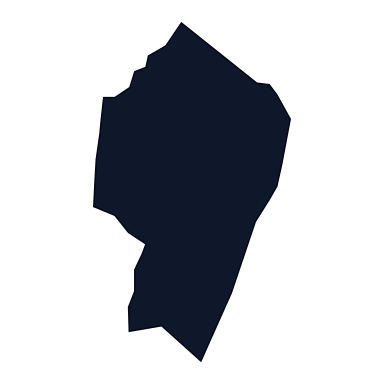 Ayawaso East Municipal, Greater Accra, Ghana
{"feature_id": "2480657B29980074443403", "entity_name": "Ayawaso East Municipal", "entity_type": "district", "adm_level": 2, "iso_a3": "GHA", "parent_name": "Ghana", "parent_adm1": "Greater Accra", "projection": "natural_earth1", "projection_center": [-0.194, 5.59], "detail": "fine", "context": "isolated", "style": "filled", "palette": "ink", "viewbox_px": 384, "rotation_deg": 0, "n_neighbors": 0, "source": "geoboundaries", "source_scale": "gbopen_adm2", "svg_char_len": 514}
<svg xmlns="http://www.w3.org/2000/svg" viewBox="0 0 384 384"><path d="M290.2,119.1L276.7,94.7L269.2,84.7L256.8,83.2L181.4,23.0L165.9,45.9L148.5,56.0L146.0,67.4L134.8,71.7L129.9,87.5L114.9,97.6L103.7,97.6L101.2,120.5L100.0,133.5L96.3,159.3L95.0,182.3L93.8,206.6L114.9,215.3L128.6,232.5L146.0,244.0L142.3,254.0L134.8,269.8L134.8,291.3L128.6,307.1L129.3,331.3L161.6,325.7L200.9,361.0L231.3,292.8L255.3,221.6L269.1,199.7L276.8,186.2L281.6,164.6L290.2,119.1Z" fill="#0f172a" stroke="#020617" stroke-width="1.5"/></svg>